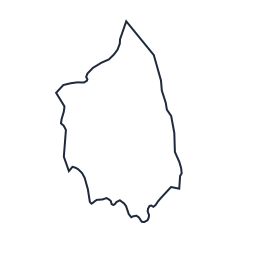 the Municipality of Idrija, rotated 219°
{"feature_id": "SVN-1012", "entity_name": "Idrija", "entity_type": "Municipality", "adm_level": 1, "iso_a3": "SVN", "parent_name": "Slovenia", "parent_adm1": "", "projection": "albers", "projection_center": [13.983, 45.983], "detail": "fine", "context": "isolated", "style": "outline", "palette": "slate", "viewbox_px": 256, "rotation_deg": 219, "n_neighbors": 0, "source": "natural_earth", "source_scale": "10m", "svg_char_len": 1056}
<svg xmlns="http://www.w3.org/2000/svg" viewBox="0 0 256 256"><g transform="rotate(219 128 128)"><path d="M206.0,110.1L205.3,120.7L200.7,126.7L196.3,131.4L190.9,135.6L189.7,138.8L190.2,140.3L192.6,141.3L193.8,144.8L193.1,152.7L189.8,161.9L186.0,169.3L185.2,176.2L185.4,182.2L187.4,188.3L190.0,191.9L196.5,209.8L153.8,200.9L132.3,185.7L125.3,178.4L114.6,171.4L109.3,166.7L102.0,164.5L88.8,153.2L76.5,138.9L66.7,133.9L61.4,130.2L57.8,126.6L57.3,123.5L50.0,113.1L57.4,109.2L58.4,94.4L58.5,89.7L58.1,85.5L58.7,82.7L61.1,82.4L62.2,81.0L61.7,78.0L60.2,75.5L56.9,73.6L55.4,71.2L54.8,68.6L56.2,65.1L58.3,63.8L63.5,65.4L66.3,65.1L68.5,62.5L69.3,60.7L73.3,61.6L80.4,66.1L83.6,66.9L88.8,66.7L90.4,63.2L90.3,60.5L91.0,58.9L92.9,58.6L95.4,60.4L97.6,60.5L100.6,60.0L102.8,56.5L107.0,52.5L107.7,50.4L108.2,47.7L108.8,46.2L111.2,46.6L120.6,55.1L130.3,62.0L135.4,64.1L140.9,64.6L143.8,64.1L146.7,62.9L146.8,57.3L159.8,65.3L175.0,87.4L179.4,89.3L183.0,89.4L185.3,93.3L188.0,99.9L189.6,102.7L191.0,104.8L206.0,110.1Z" fill="none" stroke="#1e293b" stroke-width="2"/></g></svg>